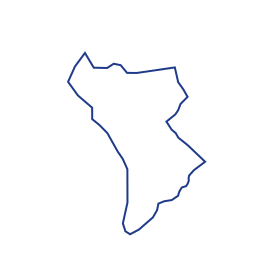 outline of Mbarara, rotated 314°
{"feature_id": "UGA-3374", "entity_name": "Mbarara", "entity_type": "County", "adm_level": 1, "iso_a3": "UGA", "parent_name": "Uganda", "parent_adm1": "", "projection": "mercator", "projection_center": [30.545, -0.528], "detail": "fine", "context": "isolated", "style": "outline", "palette": "blue", "viewbox_px": 256, "rotation_deg": 314, "n_neighbors": 0, "source": "natural_earth", "source_scale": "10m", "svg_char_len": 744}
<svg xmlns="http://www.w3.org/2000/svg" viewBox="0 0 256 256"><g transform="rotate(314 128 128)"><path d="M119.6,52.8L135.5,47.1L152.1,44.9L147.6,61.5L156.7,71.3L164.3,73.1L168.1,79.1L167.0,89.0L173.7,96.1L204.1,119.6L195.8,132.3L194.3,140.6L191.8,149.2L181.7,149.1L175.8,151.7L170.6,152.6L159.3,151.2L157.1,160.6L157.5,165.8L156.0,170.9L157.1,182.7L157.3,206.9L143.4,204.7L136.1,205.0L134.0,206.5L132.2,208.4L129.4,209.6L126.6,210.2L122.6,208.0L118.1,209.0L113.9,211.1L106.5,209.5L100.4,204.9L94.7,202.4L89.1,206.0L81.0,208.0L62.5,206.4L53.0,203.3L51.9,197.9L55.8,190.6L74.0,179.4L97.9,156.2L102.1,145.8L103.9,137.0L110.0,116.7L110.3,105.3L109.5,96.1L117.7,88.1L116.6,69.4L119.6,52.8Z" fill="none" stroke="#1e3a8a" stroke-width="2"/></g></svg>